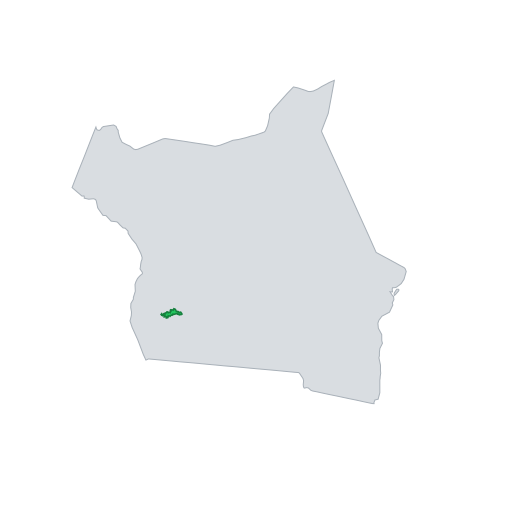 Muhoroni, Nyanza, Kenya (highlighted), rotated 336°
{"feature_id": "3690345B3784519095047", "entity_name": "Muhoroni", "entity_type": "district", "adm_level": 2, "iso_a3": "KEN", "parent_name": "Kenya", "parent_adm1": "Nyanza", "projection": "orthographic", "projection_center": [35.071, -0.126], "detail": "fine", "context": "in_parent", "style": "filled", "palette": "green", "viewbox_px": 512, "rotation_deg": 336, "n_neighbors": 0, "source": "geoboundaries", "source_scale": "gbopen_adm2", "svg_char_len": 5616}
<svg xmlns="http://www.w3.org/2000/svg" viewBox="0 0 512 512"><g transform="rotate(336 256 256)"><path d="M113.1,306.3L113.0,300.2L113.9,284.6L113.8,270.9L114.5,264.1L117.9,259.7L119.5,256.5L120.6,252.1L122.4,248.5L126.4,245.6L127.1,244.0L131.4,239.1L133.9,232.8L135.8,230.7L138.2,228.7L139.9,227.7L142.7,226.6L144.9,226.0L145.3,225.5L145.5,224.5L144.8,220.6L145.7,219.4L147.2,216.8L148.9,214.3L150.4,212.8L151.3,211.2L151.7,208.5L151.8,206.5L151.7,203.3L151.3,196.1L149.5,190.1L148.4,183.4L149.2,181.1L147.7,177.2L147.0,177.0L145.9,176.1L144.4,172.4L143.3,169.0L142.6,168.1L137.8,165.2L135.4,158.1L132.7,156.6L131.3,149.6L131.0,147.6L132.5,140.7L132.4,139.1L130.8,137.6L126.3,136.1L122.6,133.3L123.1,132.3L123.3,131.2L121.4,130.5L115.8,118.7L123.0,111.5L130.3,104.3L139.7,95.2L148.2,86.8L155.6,79.5L162.2,73.1L162.0,74.3L162.0,75.9L162.9,76.9L164.2,77.6L166.1,76.9L167.7,75.9L169.3,75.7L179.2,78.4L180.9,80.7L180.8,83.2L181.2,85.1L180.5,86.9L179.7,92.5L179.9,97.6L182.9,101.4L185.5,104.3L187.7,108.5L189.2,109.8L191.4,110.4L198.2,110.6L208.3,110.9L218.0,111.1L218.8,111.2L220.9,111.8L229.8,117.4L238.0,122.6L244.9,127.1L251.7,131.4L258.2,135.6L263.3,139.2L268.3,140.2L276.4,140.7L282.0,140.9L287.2,142.4L294.9,143.8L300.7,144.5L304.1,145.3L313.8,146.1L315.4,145.6L319.6,141.7L324.3,135.4L326.1,131.9L332.3,128.4L343.0,123.6L350.6,120.2L359.0,116.8L362.9,119.7L368.2,124.5L370.6,126.9L372.5,127.9L375.4,128.6L378.9,128.6L380.8,128.5L384.7,127.9L393.8,127.3L399.0,127.4L394.7,133.7L389.5,141.3L379.9,155.2L372.5,162.6L367.0,168.1L366.5,169.1L366.5,175.3L366.6,190.5L366.9,220.8L367.0,251.1L367.2,281.4L367.2,296.5L367.2,301.6L372.1,308.0L376.9,314.2L383.2,322.5L386.6,326.9L387.1,328.4L386.9,331.3L381.7,337.5L377.4,340.3L371.7,341.6L370.0,341.4L367.7,340.5L366.8,342.0L366.1,344.3L364.9,343.8L363.9,343.1L364.5,347.2L365.1,349.2L364.2,352.0L361.4,354.3L361.1,356.4L355.1,361.6L346.5,362.2L342.0,364.8L340.0,367.0L338.4,371.7L338.9,378.9L336.5,384.4L336.0,387.2L331.6,390.8L329.6,394.1L328.1,397.4L326.9,398.9L325.3,406.4L323.2,411.0L322.7,412.5L322.2,413.9L320.5,416.5L319.5,418.4L318.7,419.6L313.5,431.3L309.3,436.5L306.1,435.9L304.0,438.0L303.8,438.9L302.7,438.4L300.0,436.5L294.5,432.5L289.1,428.5L283.6,424.6L278.1,420.6L272.6,416.6L267.1,412.7L261.6,408.7L256.2,404.7L252.9,402.4L251.5,401.0L250.4,398.3L249.9,397.6L248.4,396.7L246.7,396.5L246.2,396.0L246.2,394.7L246.8,392.8L248.8,389.2L249.1,387.0L248.7,384.6L248.0,380.7L247.5,379.8L243.8,377.8L236.2,373.5L228.6,369.2L220.9,364.9L213.3,360.7L205.6,356.4L198.0,352.1L190.3,347.8L182.6,343.6L175.0,339.3L167.3,335.0L159.7,330.7L152.0,326.4L144.3,322.2L136.7,317.9L129.0,313.6L121.3,309.3L118.4,307.7L115.9,306.3L113.1,306.3ZM367.6,348.0L366.3,348.3L367.0,346.2L370.9,343.6L372.5,344.2L372.8,344.8L372.7,345.3L372.1,345.9L367.6,348.0Z" fill="#d9dde1" stroke="#a8b0b8" stroke-width="1"/><path d="M164.2,279.3L164.1,279.2L164.5,279.0L164.7,278.9L164.8,278.9L164.7,277.7L164.5,277.4L164.5,277.2L164.4,276.6L164.2,276.6L163.2,276.6L162.6,275.5L162.4,275.7L161.7,274.6L161.0,274.5L160.7,274.2L160.7,272.6L160.7,272.4L160.5,271.7L160.4,271.6L160.3,271.4L160.2,271.4L160.0,271.2L159.9,271.3L159.8,271.2L159.7,271.2L159.4,271.2L159.3,271.3L159.2,271.2L159.1,271.3L159.1,271.2L159.1,271.3L158.9,271.3L158.9,271.2L158.8,271.3L158.7,271.3L158.4,271.3L158.3,271.5L158.2,271.6L157.9,271.5L157.8,271.4L157.7,271.4L156.4,270.4L156.2,270.4L156.2,270.5L156.3,270.7L156.2,270.7L156.2,270.8L156.3,271.0L156.2,271.0L156.3,271.1L156.2,271.1L156.1,271.3L155.9,271.5L156.0,271.5L155.9,271.7L155.9,271.8L155.7,272.0L155.4,272.1L155.2,272.2L155.0,272.5L154.9,272.6L154.8,272.3L154.7,272.4L154.7,272.2L152.8,272.2L152.8,271.3L152.6,271.1L152.1,270.9L152.1,271.1L151.8,271.1L151.3,271.4L151.1,271.3L151.0,271.2L150.8,271.2L150.9,271.3L150.2,271.5L149.8,271.5L149.7,271.4L149.7,271.2L149.3,271.2L148.6,271.1L148.3,271.2L146.4,271.2L145.6,271.0L145.6,270.9L145.7,270.7L145.5,270.8L145.6,271.0L145.7,271.3L145.7,271.5L145.8,271.5L145.8,271.8L145.8,272.0L145.8,272.3L145.8,272.5L145.7,272.5L148.9,272.8L148.8,273.0L148.7,273.2L148.4,273.1L148.2,273.2L148.2,273.3L148.0,273.2L147.8,273.2L147.6,273.2L147.6,273.5L147.5,273.9L147.5,274.0L147.4,274.2L147.5,274.2L147.8,274.5L148.1,274.5L148.5,274.6L148.8,274.8L148.9,274.7L149.1,274.8L149.0,275.0L149.1,275.4L149.1,275.5L148.8,276.1L149.0,276.2L149.3,276.1L149.2,276.3L149.5,276.4L149.6,276.2L149.8,276.1L149.9,275.9L150.0,275.8L150.0,275.7L150.1,275.8L150.1,275.7L150.3,275.6L150.5,275.5L150.5,275.4L150.8,275.4L151.0,275.4L151.0,275.6L151.2,276.0L151.3,276.0L151.3,275.5L151.4,275.4L151.6,275.4L151.8,275.3L151.7,275.3L151.8,275.3L151.8,275.2L151.9,275.3L152.1,275.3L152.3,275.4L152.5,275.4L152.6,275.5L152.9,275.7L153.0,275.9L153.1,276.1L153.4,275.9L153.5,275.9L153.8,275.7L154.1,275.6L154.5,275.7L154.9,275.6L155.0,275.8L155.4,275.9L155.4,276.0L155.5,276.0L155.6,275.9L155.6,276.0L155.9,276.0L156.0,276.0L156.3,275.9L156.2,275.8L156.5,275.6L156.8,275.4L157.0,275.5L157.0,275.4L157.1,275.6L157.2,275.8L157.3,275.8L157.2,275.8L157.4,275.8L157.5,276.0L157.8,276.1L158.0,276.1L158.3,276.2L158.5,276.1L158.8,276.1L159.1,276.2L159.3,276.0L159.5,276.1L159.8,276.2L159.9,276.3L160.0,276.4L160.2,276.5L160.3,276.5L160.4,276.9L160.4,277.0L160.5,277.2L160.7,277.3L160.8,277.3L160.9,277.2L160.9,277.3L161.0,277.3L161.1,277.5L161.2,277.4L161.3,277.6L161.5,277.7L161.5,277.8L161.7,278.1L161.8,278.1L162.0,278.3L162.0,278.5L161.9,278.5L162.0,278.5L162.3,278.8L162.6,278.8L162.8,278.8L162.8,278.7L162.9,278.8L163.1,278.8L163.3,278.8L163.5,278.9L163.6,279.0L163.8,279.2L164.0,279.2L164.2,279.3Z" fill="#22c55e" stroke="#15803d" stroke-width="1.5"/></g></svg>